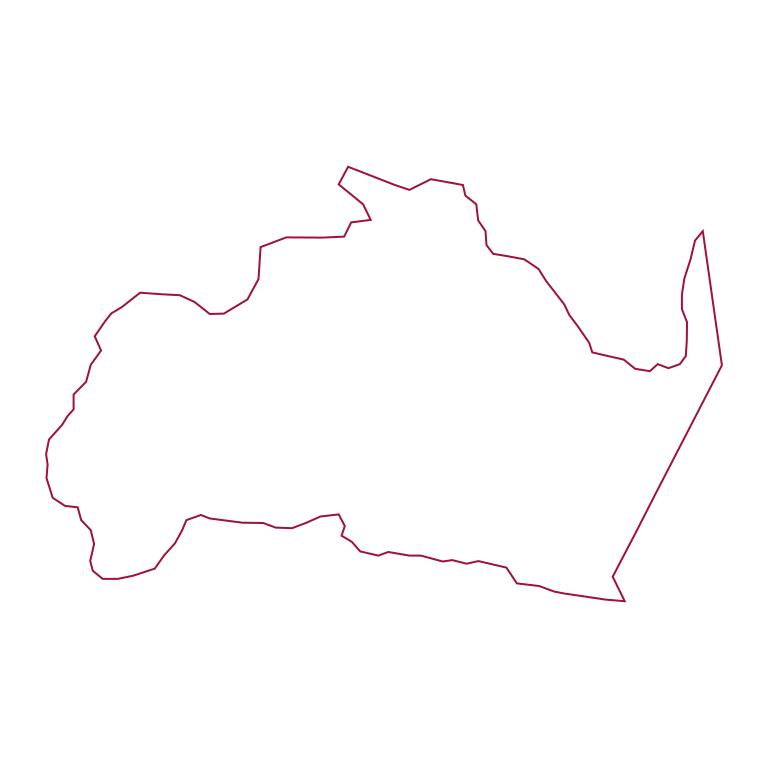 the district of Poção, Pernambuco, Brazil
{"feature_id": "56859067B37622328972357", "entity_name": "Poção", "entity_type": "district", "adm_level": 2, "iso_a3": "BRA", "parent_name": "Brazil", "parent_adm1": "Pernambuco", "projection": "orthographic", "projection_center": [-36.718, -8.218], "detail": "fine", "context": "isolated", "style": "outline", "palette": "rose", "viewbox_px": 768, "rotation_deg": 0, "n_neighbors": 0, "source": "geoboundaries", "source_scale": "gbopen_adm2", "svg_char_len": 1524}
<svg xmlns="http://www.w3.org/2000/svg" viewBox="0 0 768 768"><path d="M140.1,292.7L121.8,307.1L111.3,313.4L105.2,321.1L94.7,336.3L101.1,350.5L90.8,364.7L86.1,381.8L73.6,394.5L73.6,409.3L67.5,416.2L62.1,424.9L49.0,439.5L46.1,454.2L47.6,464.5L46.5,478.1L52.7,497.8L65.0,505.9L77.7,507.3L81.2,520.1L90.8,530.2L94.1,544.0L90.2,561.1L92.8,570.8L102.7,578.9L117.7,578.9L133.2,575.7L154.8,568.6L164.4,555.0L174.9,543.4L182.0,530.6L186.4,520.1L200.9,515.0L209.9,518.5L242.5,522.7L263.2,523.0L275.7,527.6L292.0,528.2L306.5,522.7L320.5,516.5L338.7,514.4L344.8,526.0L341.6,535.7L351.8,541.8L360.2,551.4L378.3,555.6L388.3,552.0L409.4,555.6L420.9,555.6L442.7,561.5L452.3,560.1L466.6,563.7L478.5,561.1L493.1,564.5L506.4,567.6L516.9,583.4L539.0,586.0L554.0,591.5L564.1,593.5L605.7,599.6L624.7,601.2L612.7,576.7L637.2,529.8L654.1,496.6L721.9,365.3L702.8,231.2L695.0,240.6L690.5,259.4L684.3,278.7L681.9,294.9L681.9,309.1L687.0,322.1L686.8,340.8L685.8,356.0L679.9,364.1L668.4,368.2L657.7,364.1L649.9,371.2L635.2,368.8L623.7,359.6L607.7,356.0L592.3,352.4L589.2,342.8L577.3,325.6L569.3,315.0L564.2,304.3L552.1,288.7L546.2,281.2L538.6,269.0L524.2,259.3L507.6,256.2L493.1,253.8L486.5,245.1L485.5,231.1L478.1,220.3L476.3,204.3L465.4,195.6L462.9,185.0L430.9,179.2L409.4,189.9L394.9,185.0L348.1,166.8L338.7,184.4L363.1,204.3L370.7,219.9L351.2,222.4L344.2,236.6L322.7,237.6L286.2,237.4L260.6,247.1L258.5,279.1L247.5,299.4L223.9,313.6L209.8,314.0L194.4,301.9L179.8,295.2L162.4,294.3L140.1,292.7Z" fill="none" stroke="#9f1239" stroke-width="2"/></svg>